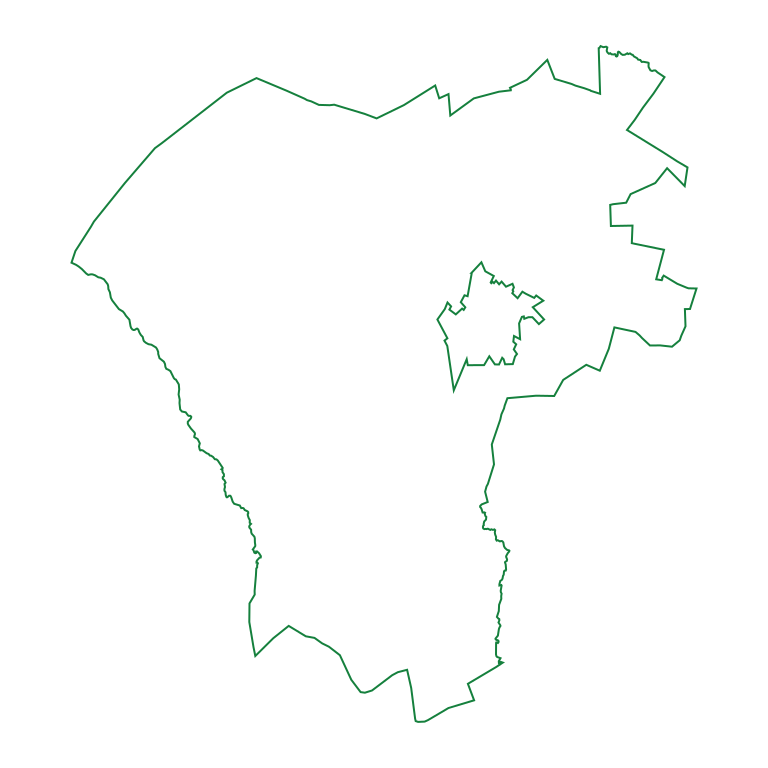 Gweru, Midlands, Zimbabwe (Equal Earth projection)
{"feature_id": "62879985B38074336306054", "entity_name": "Gweru", "entity_type": "district", "adm_level": 2, "iso_a3": "ZWE", "parent_name": "Zimbabwe", "parent_adm1": "Midlands", "projection": "equal_earth", "projection_center": [29.6, -19.532], "detail": "fine", "context": "isolated", "style": "outline", "palette": "green", "viewbox_px": 768, "rotation_deg": 0, "n_neighbors": 0, "source": "geoboundaries", "source_scale": "gbopen_adm2", "svg_char_len": 6023}
<svg xmlns="http://www.w3.org/2000/svg" viewBox="0 0 768 768"><path d="M151.4,344.7L156.0,347.5L157.2,349.4L158.2,352.0L158.2,353.9L159.5,358.2L163.9,361.7L165.0,364.0L165.4,366.9L166.3,368.8L168.5,369.8L170.4,371.1L173.8,378.0L174.7,379.1L175.9,379.6L178.8,384.4L179.2,389.3L178.6,394.5L179.7,399.7L179.5,403.1L180.2,409.5L181.9,411.5L185.7,412.3L188.0,415.4L188.8,415.9L190.4,415.9L191.2,416.6L191.2,417.5L190.7,418.6L187.8,421.8L187.8,423.6L188.3,424.8L191.0,428.6L194.6,432.6L195.0,434.0L194.3,436.1L194.3,437.1L197.6,439.0L199.8,443.3L199.0,446.4L199.7,449.5L200.3,450.4L201.6,450.1L202.9,450.5L206.6,453.2L208.6,454.0L209.8,455.5L211.1,455.7L213.1,457.0L214.8,459.2L216.5,459.4L217.8,460.5L222.7,467.9L222.5,468.6L221.4,469.3L222.5,470.2L222.5,472.1L223.9,474.2L223.9,476.3L222.8,477.1L222.7,478.3L223.1,479.1L224.5,480.3L225.6,482.7L224.5,484.0L225.0,487.0L224.4,489.1L224.5,490.8L225.5,492.2L225.7,494.8L226.3,496.8L226.8,497.3L227.4,497.2L229.1,495.7L230.4,495.8L231.2,497.2L232.7,501.7L234.2,503.8L239.8,505.5L241.2,508.1L242.9,508.0L243.7,508.4L244.7,510.0L247.5,511.3L248.2,512.1L248.2,513.6L247.7,514.1L247.8,515.3L248.6,517.9L249.8,520.1L249.7,522.8L251.0,523.9L250.1,524.7L249.4,525.9L249.2,526.7L249.4,527.6L251.1,529.7L251.2,532.2L251.7,533.7L254.4,536.7L254.8,538.3L254.9,542.4L255.3,545.1L255.2,546.2L252.8,549.5L253.5,550.2L254.3,552.6L255.3,553.2L256.0,553.0L256.1,551.5L257.0,551.4L259.1,553.3L260.9,556.2L260.7,557.5L259.5,557.7L257.1,560.3L256.5,561.5L256.5,562.7L257.5,562.7L257.9,563.3L257.2,564.9L257.1,567.5L256.3,568.4L255.9,575.8L254.6,590.9L254.7,594.6L249.5,603.4L249.3,622.0L253.5,647.1L255.3,656.0L273.3,638.2L288.7,625.9L305.8,636.3L314.5,637.9L322.2,643.4L328.9,646.7L339.9,655.2L351.3,679.8L360.6,692.1L364.9,692.7L372.0,690.5L392.2,675.2L397.8,672.2L407.1,669.8L411.2,688.0L415.1,718.6L415.7,721.1L418.1,721.9L424.7,721.6L428.0,720.1L448.5,708.0L474.1,700.3L467.9,683.8L496.2,667.0L502.8,662.6L500.8,661.9L498.9,662.8L498.8,661.2L500.5,658.2L497.2,657.0L496.5,656.3L496.0,654.5L496.1,642.8L496.3,642.4L496.8,642.4L497.9,643.0L498.4,642.4L498.6,641.5L498.4,640.8L497.7,640.2L496.3,639.9L495.5,639.0L495.5,638.6L497.9,635.6L498.9,629.1L499.5,627.4L500.4,626.1L500.4,625.4L498.5,622.5L499.4,620.2L499.2,619.0L498.5,618.7L496.9,616.9L498.8,611.1L499.1,604.8L501.3,598.9L501.2,596.1L501.6,593.6L500.9,592.3L500.7,590.8L501.6,585.5L501.3,585.0L499.4,585.5L499.4,584.2L500.3,580.9L501.7,580.0L502.5,578.7L503.0,575.9L503.7,574.7L504.0,571.4L504.6,570.6L505.7,570.6L506.1,569.6L505.7,564.5L505.0,562.4L505.2,561.9L506.9,560.8L507.1,559.4L506.1,556.8L506.3,555.8L507.8,553.1L509.2,551.5L509.4,550.7L509.1,550.4L507.1,549.9L504.9,547.9L504.0,546.2L503.3,542.4L502.3,541.2L501.2,541.0L499.9,541.4L497.7,540.2L496.7,540.6L495.9,539.3L496.1,536.9L495.2,534.6L494.8,532.5L495.2,530.2L494.4,529.4L493.0,529.9L491.3,529.3L490.3,529.9L487.8,528.7L486.4,529.1L485.9,528.9L484.3,529.1L483.2,528.4L482.9,527.0L483.3,525.5L483.8,525.2L483.7,523.7L484.2,521.5L486.0,519.6L486.3,516.9L485.4,516.0L484.7,513.7L485.1,512.8L484.5,512.4L482.6,512.5L481.6,509.2L480.9,507.8L480.1,506.9L480.2,505.9L481.7,504.4L487.7,502.0L485.1,491.7L486.5,486.5L487.9,483.9L494.0,464.4L491.8,444.5L500.3,419.5L501.4,414.4L504.0,408.5L504.7,405.6L507.4,398.2L536.2,395.7L554.2,396.0L563.2,379.9L586.3,364.8L599.8,370.7L608.8,348.8L614.4,327.4L635.5,331.9L639.6,335.4L642.0,338.0L650.0,345.5L660.1,345.4L672.0,346.7L679.7,340.3L681.3,335.7L685.5,326.3L684.9,309.1L690.0,309.0L696.5,288.5L688.5,288.3L686.7,287.7L677.3,283.8L663.7,275.6L662.1,278.0L662.4,278.9L661.8,280.2L656.2,279.3L664.0,249.8L631.8,243.2L632.5,225.6L610.9,226.0L610.2,204.9L613.1,204.2L626.2,202.7L630.6,194.1L655.3,183.0L667.1,168.2L684.7,186.1L687.5,167.4L677.1,161.3L662.7,152.0L627.0,130.0L634.7,119.9L642.9,107.7L653.4,93.7L664.5,77.1L657.5,72.4L655.5,70.5L654.0,70.4L652.1,71.0L650.4,70.3L648.7,67.2L648.5,65.9L648.7,63.1L648.0,62.6L643.5,61.8L641.7,61.9L640.3,60.0L638.1,59.6L637.1,58.2L633.9,56.4L632.7,54.8L631.8,54.7L630.0,53.4L628.2,54.1L627.3,53.3L624.9,54.7L622.7,54.9L621.2,54.0L619.3,52.0L618.4,51.7L617.9,52.2L617.7,55.0L617.2,56.2L616.5,56.5L615.9,56.2L615.6,54.6L614.9,54.1L614.0,54.5L611.5,54.3L610.2,53.2L609.0,53.8L607.7,52.7L606.9,51.5L606.7,50.5L607.3,47.4L606.1,46.7L603.3,47.2L600.6,46.1L599.4,47.9L598.7,48.2L600.1,93.8L590.7,90.8L590.4,90.4L584.2,88.2L575.4,85.6L571.7,84.0L554.7,78.9L547.3,59.9L527.0,79.8L510.0,87.8L510.8,89.4L510.8,90.3L499.0,91.7L473.8,98.4L450.3,115.5L448.5,94.1L439.2,98.3L435.2,85.5L403.9,105.1L376.6,118.4L365.0,114.0L334.2,104.7L329.7,105.2L318.9,104.9L311.3,101.4L307.0,100.1L304.6,98.7L286.6,90.7L256.5,78.1L226.8,92.7L161.6,143.3L155.0,148.1L125.0,182.9L93.9,221.6L90.9,226.8L75.4,251.0L71.5,262.7L76.2,264.9L78.8,266.6L81.9,269.1L86.2,273.5L88.2,274.9L91.0,274.3L92.6,274.4L95.1,275.3L98.3,277.3L100.6,277.7L103.9,279.3L107.7,284.3L108.2,286.1L108.4,289.1L109.9,292.3L110.8,297.6L112.2,300.4L118.9,309.1L122.9,311.5L124.4,313.3L125.9,315.7L129.4,319.7L130.5,326.1L131.1,327.9L132.4,329.5L133.6,330.0L134.7,329.9L136.6,328.7L137.4,328.7L138.3,329.6L139.4,332.5L140.8,334.9L142.7,336.9L143.6,340.5L144.1,341.3L145.9,342.8L148.5,344.2L151.4,344.7ZM481.4,262.3L485.3,271.3L493.8,276.0L490.7,282.5L491.3,283.2L492.7,281.9L494.0,283.1L496.0,280.6L499.1,284.3L501.6,281.6L506.0,286.7L512.5,283.8L513.9,287.4L512.6,290.1L513.3,291.3L512.3,293.2L517.6,298.2L522.4,291.7L525.7,293.7L534.2,297.9L536.2,295.5L543.3,300.7L532.8,307.2L544.1,319.5L538.9,324.1L532.4,317.2L528.5,317.2L524.3,318.8L523.8,316.4L521.9,316.9L519.1,323.4L520.1,339.2L514.0,336.0L513.3,341.7L516.2,344.3L513.8,349.4L517.0,354.0L515.0,356.6L512.8,364.1L505.1,364.3L503.6,359.2L502.2,357.8L499.0,364.5L494.9,364.4L489.3,356.3L484.1,365.1L467.8,365.2L466.7,359.2L453.8,390.3L447.3,346.0L444.5,340.6L447.4,338.3L437.4,319.5L444.8,309.1L447.5,302.5L451.1,306.4L449.4,309.6L455.8,314.4L462.1,308.6L463.7,309.9L465.3,307.3L460.8,302.2L464.5,295.3L467.6,296.2L471.8,272.8L471.6,272.8L481.4,262.3Z" fill="none" stroke="#15803d" stroke-width="2"/></svg>